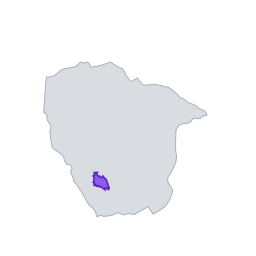 Murehwa, Mashonaland East, Zimbabwe shown in context, rotated 148°
{"feature_id": "62879985B35130574204282", "entity_name": "Murehwa", "entity_type": "district", "adm_level": 2, "iso_a3": "ZWE", "parent_name": "Zimbabwe", "parent_adm1": "Mashonaland East", "projection": "equal_earth", "projection_center": [31.759, -17.8], "detail": "fine", "context": "in_parent", "style": "filled", "palette": "violet", "viewbox_px": 256, "rotation_deg": 148, "n_neighbors": 0, "source": "geoboundaries", "source_scale": "gbopen_adm2", "svg_char_len": 4666}
<svg xmlns="http://www.w3.org/2000/svg" viewBox="0 0 256 256"><g transform="rotate(148 128 128)"><path d="M169.7,214.4L168.0,213.0L165.6,212.0L162.7,211.6L158.8,211.8L154.1,212.6L149.0,211.6L143.5,208.9L139.0,207.9L133.6,209.1L133.4,209.2L132.5,208.2L131.0,206.3L128.5,205.9L127.9,205.4L127.3,204.7L126.9,203.8L126.8,202.7L127.2,199.5L126.9,199.1L126.3,198.7L124.9,198.3L121.7,196.8L117.6,195.4L111.0,193.8L108.4,193.4L107.8,192.9L107.0,191.7L105.7,188.0L104.5,185.5L101.6,181.7L101.2,180.5L101.3,177.5L101.5,175.0L101.7,172.9L101.6,171.0L101.5,168.6L101.6,166.9L101.2,166.2L100.2,165.8L97.2,165.5L93.6,165.6L93.5,163.2L93.1,159.3L92.4,157.1L91.6,156.0L89.9,154.8L86.6,153.2L82.0,150.7L78.1,147.0L73.6,142.4L72.2,141.6L70.6,137.3L68.0,130.0L68.1,127.5L67.7,126.3L65.2,122.7L64.7,120.8L64.2,118.9L60.3,113.6L58.9,111.3L57.9,108.3L56.9,105.9L56.0,105.0L54.9,103.3L54.1,101.5L53.7,100.1L54.0,98.2L54.4,97.0L58.1,98.3L60.1,98.4L61.6,97.8L63.6,98.6L66.0,101.0L68.5,101.5L71.2,100.0L74.9,100.5L79.6,102.8L83.5,103.3L88.1,101.2L92.1,95.3L95.9,89.7L99.7,83.3L101.9,78.1L105.3,73.9L109.7,70.6L114.2,67.9L121.1,64.5L122.5,61.7L122.9,58.7L122.9,54.5L123.2,51.7L123.9,50.5L125.1,49.5L126.6,48.3L131.1,45.0L134.9,43.0L139.6,41.6L144.7,41.6L149.6,41.6L152.4,41.6L152.4,45.7L152.7,50.2L153.2,50.7L156.9,50.8L162.8,51.1L168.5,51.4L172.2,54.7L173.4,55.4L177.2,56.3L182.0,61.9L187.8,62.4L191.8,64.1L195.4,66.0L197.4,68.3L198.7,68.8L200.5,69.0L201.3,69.2L201.1,70.8L200.0,73.6L200.1,77.5L201.7,83.0L201.9,87.8L201.4,96.2L201.4,104.4L201.6,107.3L201.8,109.2L202.2,110.3L202.1,111.5L201.1,114.9L200.3,118.5L200.3,119.9L200.0,120.9L199.4,121.8L196.9,123.5L196.5,124.5L196.5,126.4L196.8,127.9L197.7,128.5L198.9,129.4L199.3,130.6L199.3,131.8L199.0,134.1L197.9,137.8L198.9,142.2L200.1,145.0L201.6,148.2L202.3,150.2L202.2,151.6L202.0,153.0L199.6,159.0L197.9,162.6L195.9,166.6L193.2,169.0L192.5,170.2L192.2,171.6L192.3,174.5L192.1,177.6L189.8,182.4L191.3,186.4L190.9,186.8L190.1,187.4L186.8,192.0L183.4,196.6L181.0,200.0L178.2,203.8L175.0,208.1L172.4,211.8L169.7,214.4Z" fill="#d9dde1" stroke="#a8b0b8" stroke-width="1"/><path d="M174.7,100.4L175.3,99.9L176.0,99.7L176.4,99.9L177.2,100.6L177.2,100.9L177.3,101.1L177.3,101.3L177.3,101.5L177.3,101.8L177.3,102.1L178.4,102.1L178.4,102.7L178.7,103.4L178.9,103.7L179.0,104.2L179.0,104.4L178.9,104.5L178.9,104.8L178.8,105.1L178.8,105.3L178.8,105.5L178.4,105.8L178.0,106.2L177.4,106.5L178.4,107.2L178.8,107.5L179.0,107.6L179.3,107.6L179.5,107.7L179.8,107.7L180.0,107.8L180.4,108.0L180.5,108.1L180.6,107.9L180.6,107.7L180.6,107.4L180.7,107.2L180.8,106.7L180.7,106.3L180.7,106.2L180.7,105.9L180.8,105.9L181.0,105.9L181.7,105.9L182.2,106.0L182.5,105.9L183.0,106.0L183.1,105.5L183.1,105.0L182.7,104.5L182.7,104.3L182.8,104.3L182.9,104.1L183.0,104.0L183.1,103.9L183.2,103.7L183.3,103.7L183.5,103.5L183.5,103.4L183.7,103.2L183.8,103.1L184.0,102.9L184.1,102.7L184.3,102.4L184.4,102.2L184.7,101.9L184.9,101.6L185.1,101.3L185.3,101.1L185.5,100.9L185.7,100.6L185.8,100.5L186.0,100.4L186.0,100.2L185.9,100.1L186.0,100.1L185.9,100.0L185.9,99.9L185.9,99.7L186.0,99.6L185.9,99.5L185.9,99.2L185.9,98.9L186.0,98.8L186.0,98.7L186.0,98.4L186.0,98.2L186.3,98.0L186.5,97.9L186.8,97.7L187.0,97.6L187.3,97.4L186.4,96.7L185.7,97.2L185.7,96.6L185.2,96.0L185.4,95.7L185.5,95.4L185.6,95.2L185.2,95.1L183.2,94.6L183.2,94.4L183.3,94.3L183.3,94.2L183.3,93.9L183.3,93.7L183.4,93.4L183.5,93.4L183.2,93.0L182.5,92.7L182.3,92.7L182.2,92.6L182.1,92.4L181.9,91.8L181.0,89.4L180.8,89.0L180.4,87.9L180.3,87.7L179.8,88.9L179.9,89.2L179.7,89.2L179.4,89.2L179.4,89.3L179.2,89.3L178.9,89.1L178.7,88.9L178.5,88.7L178.4,88.7L178.2,88.4L178.1,88.5L178.0,88.4L178.0,88.2L177.9,88.0L177.9,87.9L177.7,87.7L177.5,87.4L177.4,87.3L177.5,87.2L177.4,87.2L177.2,86.9L177.0,86.7L176.9,86.5L176.8,86.4L176.9,86.2L176.7,86.2L176.6,86.3L176.5,86.5L176.4,86.5L176.2,86.7L176.2,86.8L176.0,87.0L175.9,87.2L175.8,87.3L175.9,87.5L176.0,87.7L175.9,87.7L175.7,87.8L175.7,88.0L175.8,88.1L175.7,88.2L175.8,88.2L175.8,88.3L175.6,88.6L175.7,88.8L175.7,89.0L175.6,89.3L175.6,89.5L175.4,89.6L175.3,89.8L175.2,89.9L175.1,90.1L175.2,90.3L175.1,90.5L175.0,90.8L175.0,91.0L174.9,91.1L174.7,91.3L174.5,91.7L174.5,91.8L174.5,92.0L174.5,92.3L174.4,92.5L174.4,92.8L174.4,93.0L174.3,93.3L174.4,93.5L174.2,93.8L174.2,94.0L174.0,94.4L174.0,94.6L174.1,94.8L174.0,95.1L174.0,95.3L173.9,95.6L174.0,95.7L174.0,95.8L174.0,96.0L173.9,96.2L174.0,96.2L174.0,96.3L174.1,96.5L174.2,96.8L174.2,97.0L174.3,97.0L174.3,97.3L174.4,97.5L174.3,97.8L174.4,98.0L174.5,98.0L174.5,98.3L174.5,98.5L174.5,98.9L174.5,99.0L174.6,99.3L174.6,99.5L174.7,99.8L174.7,100.0L174.7,100.4L174.7,100.4Z" fill="#8b5cf6" stroke="#5b21b6" stroke-width="1.5"/></g></svg>